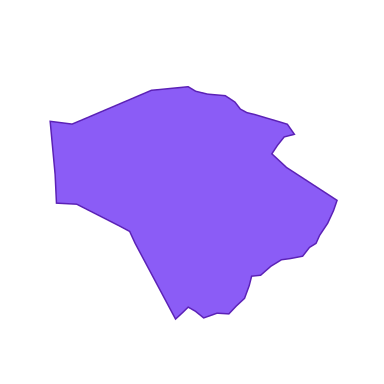 outline of Pedro Régis, Paraíba, Brazil, rotated 334°
{"feature_id": "56859067B44809734962782", "entity_name": "Pedro Régis", "entity_type": "district", "adm_level": 2, "iso_a3": "BRA", "parent_name": "Brazil", "parent_adm1": "Paraíba", "projection": "albers", "projection_center": [-35.282, -6.668], "detail": "fine", "context": "isolated", "style": "filled", "palette": "violet", "viewbox_px": 384, "rotation_deg": 334, "n_neighbors": 0, "source": "geoboundaries", "source_scale": "gbopen_adm2", "svg_char_len": 761}
<svg xmlns="http://www.w3.org/2000/svg" viewBox="0 0 384 384"><g transform="rotate(334 192 192)"><path d="M318.7,263.1L287.7,211.4L280.5,192.7L289.3,187.5L299.0,182.9L309.3,185.0L307.4,172.9L301.3,167.2L291.3,158.1L282.4,149.9L276.1,144.7L271.8,138.7L270.0,130.0L264.1,120.0L248.8,110.8L239.5,103.1L234.7,95.7L200.1,82.8L128.8,79.2L114.0,78.4L95.5,66.3L76.6,116.4L71.0,129.4L65.3,142.6L83.0,152.4L110.7,189.1L118.7,200.1L118.4,213.3L121.5,299.0L130.9,296.2L138.1,293.8L142.8,300.7L147.3,310.3L161.4,311.9L171.7,317.7L181.8,313.9L192.6,310.6L202.3,301.3L208.7,293.8L217.2,296.9L230.3,293.3L242.7,292.1L251.1,294.9L263.3,298.2L273.3,293.3L281.0,292.5L287.7,286.9L300.2,279.6L311.0,270.8L318.7,263.1Z" fill="#8b5cf6" stroke="#5b21b6" stroke-width="1.5"/></g></svg>